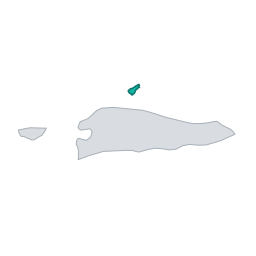 location of Atauro, Dili, East Timor, rotated 17°
{"feature_id": "22284137B11289182458696", "entity_name": "Atauro", "entity_type": "district", "adm_level": 2, "iso_a3": "TLS", "parent_name": "East Timor", "parent_adm1": "Dili", "projection": "albers", "projection_center": [125.573, -8.218], "detail": "fine", "context": "in_parent", "style": "filled", "palette": "teal", "viewbox_px": 256, "rotation_deg": 17, "n_neighbors": 0, "source": "geoboundaries", "source_scale": "gbopen_adm2", "svg_char_len": 2767}
<svg xmlns="http://www.w3.org/2000/svg" viewBox="0 0 256 256"><g transform="rotate(17 128 128)"><path d="M89.7,172.8L87.5,164.4L85.2,160.8L83.3,158.7L82.7,156.2L82.8,153.5L83.9,152.3L91.8,152.0L94.9,147.6L94.9,142.4L93.3,140.7L91.8,139.9L83.6,143.8L81.3,143.2L79.9,141.7L80.4,136.0L87.1,130.6L92.7,120.8L96.7,116.9L106.0,113.3L109.7,112.2L136.7,106.8L143.2,106.5L160.3,106.7L183.2,105.5L188.8,104.8L196.2,102.5L203.3,99.5L207.1,97.3L211.0,95.6L216.9,97.7L226.9,99.4L229.6,100.8L232.1,102.7L220.5,112.9L207.7,121.4L199.8,124.0L191.7,125.7L185.5,128.9L180.3,134.1L173.6,137.0L166.1,137.9L159.7,139.5L153.8,142.5L145.7,147.7L142.5,148.2L139.0,148.1L132.3,150.1L111.4,157.5L98.8,165.8L89.7,172.8ZM23.9,161.9L34.2,156.4L49.9,152.1L49.5,155.2L47.9,160.1L45.5,162.4L42.0,166.5L39.6,167.5L30.2,166.6L29.0,167.2L27.4,166.8L24.9,164.1L23.9,161.9ZM126.6,84.1L122.3,95.2L117.7,92.8L122.6,86.6L125.0,84.7L126.6,84.1Z" fill="#d9dde1" stroke="#a8b0b8" stroke-width="1"/><path d="M125.8,83.2L125.6,83.3L125.3,83.4L125.2,83.5L124.9,83.6L124.8,83.8L124.7,83.9L124.6,84.0L124.4,84.2L124.2,84.6L124.1,84.8L123.9,85.0L123.6,85.2L123.5,85.4L123.4,85.4L123.2,85.4L123.1,85.5L123.0,86.0L122.9,86.1L122.8,86.3L122.7,86.5L122.4,86.7L122.3,86.8L122.1,87.0L121.9,87.3L121.7,87.5L121.4,87.8L121.2,88.0L121.1,88.3L120.9,88.5L120.7,88.7L120.7,88.8L120.6,89.0L120.4,89.3L120.2,89.4L119.9,89.4L119.6,89.3L119.4,89.3L119.2,89.4L119.0,89.5L118.8,89.7L118.8,89.8L118.7,90.0L118.7,90.3L118.7,90.5L118.6,90.8L118.5,91.0L118.1,91.3L117.9,91.4L117.9,91.5L117.9,91.4L117.9,91.5L117.5,91.7L117.5,91.8L117.4,92.0L117.4,92.3L117.5,92.5L117.7,92.9L117.8,92.9L117.8,93.0L118.0,93.1L118.2,93.3L118.3,93.4L118.3,93.5L118.5,93.6L118.7,93.8L118.8,93.9L118.9,94.0L119.0,94.1L119.3,94.3L119.6,94.3L119.8,94.2L120.1,94.2L120.3,94.3L120.5,94.2L120.7,94.3L120.8,94.3L120.8,94.5L121.0,94.6L121.2,94.8L121.3,94.8L121.5,94.8L121.8,94.9L122.0,94.8L122.1,95.0L122.2,94.9L122.2,95.0L122.3,95.0L122.3,94.9L122.5,94.9L122.6,94.7L122.8,94.7L122.9,94.4L123.0,94.2L123.2,93.9L123.3,93.8L123.3,93.7L123.5,93.6L123.6,93.4L123.7,93.2L123.8,93.0L123.8,92.9L123.8,92.7L124.0,92.5L124.0,92.3L124.0,92.2L124.1,91.9L124.2,91.6L124.1,91.1L124.1,90.7L124.2,90.3L124.1,90.1L124.2,89.9L124.3,89.7L124.3,89.4L124.4,89.1L124.5,88.9L124.7,88.7L124.8,88.5L125.0,88.4L125.1,88.2L125.3,88.0L125.4,87.9L125.5,87.8L125.6,87.7L125.8,87.6L125.8,87.3L125.8,87.2L125.8,86.9L125.9,86.7L126.0,86.6L126.2,86.4L126.2,86.2L126.3,86.1L126.2,86.1L126.2,85.9L126.3,85.8L126.3,85.7L126.2,85.7L126.3,85.7L126.2,85.7L126.3,85.7L126.5,85.7L126.4,85.6L126.5,85.6L126.4,85.5L126.3,85.2L126.2,84.8L126.2,84.7L126.3,84.5L126.3,84.3L126.3,84.2L126.2,84.2L126.1,83.9L126.1,83.6L126.0,83.4L125.9,83.2L125.8,83.2Z" fill="#14b8a6" stroke="#0f766e" stroke-width="1.5"/></g></svg>